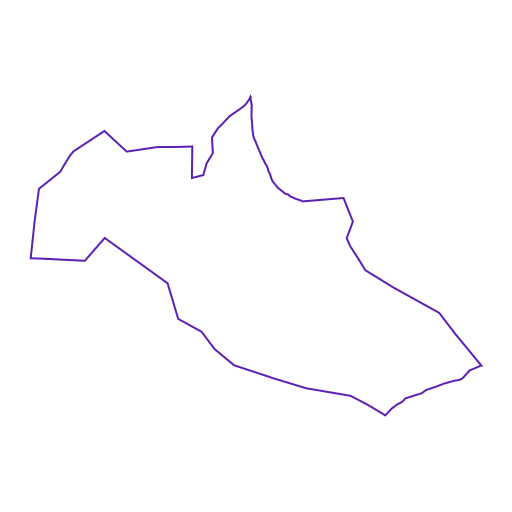 the district of Ulaanbadrax, Dornogovi, Mongolia
{"feature_id": "93677404B39567597499991", "entity_name": "Ulaanbadrax", "entity_type": "district", "adm_level": 2, "iso_a3": "MNG", "parent_name": "Mongolia", "parent_adm1": "Dornogovi", "projection": "robinson", "projection_center": [110.399, 43.942], "detail": "fine", "context": "isolated", "style": "outline", "palette": "violet", "viewbox_px": 512, "rotation_deg": 0, "n_neighbors": 0, "source": "geoboundaries", "source_scale": "gbopen_adm2", "svg_char_len": 1931}
<svg xmlns="http://www.w3.org/2000/svg" viewBox="0 0 512 512"><path d="M250.5,96.6L249.1,99.7L247.9,101.2L246.4,103.5L245.0,104.9L243.2,106.7L240.1,108.9L229.2,116.5L221.8,124.5L217.8,128.4L212.0,137.5L212.8,153.2L206.6,163.4L203.3,175.1L191.9,178.0L192.3,146.5L183.5,146.8L171.4,147.0L157.1,147.1L126.7,151.6L104.5,131.1L104.4,131.0L73.3,151.5L73.0,151.9L71.8,153.5L71.0,154.4L70.6,154.8L70.2,155.3L66.9,160.6L65.3,163.1L62.9,167.1L60.3,171.7L39.0,188.8L34.7,220.6L30.7,258.3L41.1,258.6L84.8,260.8L104.7,238.0L167.6,283.3L171.2,295.4L178.2,318.9L201.6,331.8L214.6,349.1L234.1,365.3L273.1,378.2L306.3,388.3L350.5,395.8L367.6,404.7L385.3,415.4L391.5,408.7L393.2,407.5L396.8,404.7L397.5,404.3L398.9,403.6L400.3,402.9L400.5,402.8L400.5,402.7L402.4,401.5L403.9,400.2L404.9,398.6L409.7,397.0L421.5,393.3L426.4,389.9L436.9,386.4L443.7,383.7L450.5,381.8L455.1,380.6L457.8,380.2L458.6,380.1L461.0,379.2L462.6,378.2L463.8,376.9L469.7,370.4L478.6,366.6L479.0,366.4L481.2,365.5L481.3,365.5L481.2,365.4L455.1,333.7L439.2,312.9L393.9,287.8L365.4,270.3L358.6,259.2L350.3,246.4L346.7,238.3L352.9,221.6L343.5,198.0L302.6,201.4L300.8,200.5L298.6,199.8L294.4,198.3L293.1,197.6L292.6,197.3L291.4,197.0L290.8,196.8L290.4,196.4L289.5,195.7L288.5,194.6L288.2,194.4L287.7,194.4L285.6,193.9L284.6,193.2L282.8,191.7L280.3,189.8L278.4,188.2L276.6,186.3L273.7,182.6L273.0,181.8L272.4,180.8L271.4,178.7L269.9,173.6L268.4,171.1L267.9,168.7L266.9,166.0L265.2,163.6L263.8,160.3L262.8,158.9L261.1,155.0L259.5,151.2L259.2,150.1L257.9,147.9L257.7,146.8L256.9,145.0L256.3,143.6L256.1,142.6L255.6,141.6L254.5,139.4L253.8,137.4L253.1,135.4L253.2,134.0L252.7,131.5L252.4,128.8L252.3,126.9L252.1,123.3L251.8,120.5L251.7,118.8L251.5,117.7L251.5,115.6L251.5,114.0L251.6,112.7L251.5,111.2L251.5,110.4L251.8,109.3L251.6,108.7L251.4,108.1L251.5,107.4L251.8,106.8L251.8,105.5L251.2,101.8L250.5,98.7L250.8,97.3L250.5,96.6Z" fill="none" stroke="#5b21b6" stroke-width="2"/></svg>